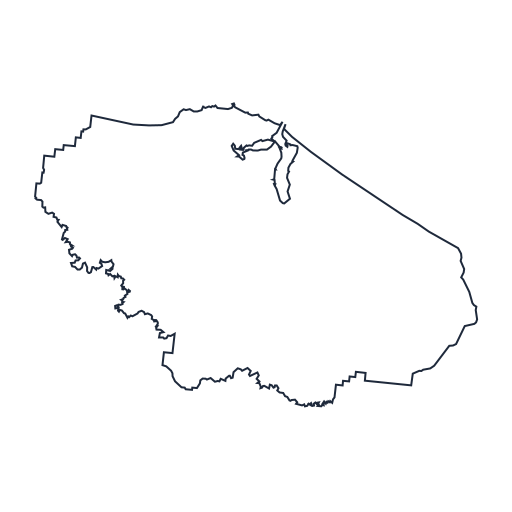 the district of Ballina, New South Wales, Australia, rotated 267°
{"feature_id": "25037944B45717157651515", "entity_name": "Ballina", "entity_type": "district", "adm_level": 2, "iso_a3": "AUS", "parent_name": "Australia", "parent_adm1": "New South Wales", "projection": "robinson", "projection_center": [153.529, -28.853], "detail": "fine", "context": "isolated", "style": "outline", "palette": "slate", "viewbox_px": 512, "rotation_deg": 267, "n_neighbors": 0, "source": "geoboundaries", "source_scale": "gbopen_adm2", "svg_char_len": 6073}
<svg xmlns="http://www.w3.org/2000/svg" viewBox="0 0 512 512"><g transform="rotate(267 256 256)"><path d="M211.0,112.8L211.5,116.1L208.7,115.3L207.6,116.2L209.3,117.2L208.6,119.2L205.8,121.2L205.4,122.4L201.0,124.4L202.3,125.3L201.6,126.1L203.1,127.8L202.3,129.5L204.8,134.7L206.3,135.8L207.3,138.9L205.8,141.3L203.7,142.0L204.3,144.9L202.5,148.2L201.1,149.1L198.7,148.6L197.2,150.7L196.0,150.9L196.1,152.0L197.3,152.0L197.2,153.0L194.9,154.4L193.4,154.4L191.2,152.7L191.1,153.8L189.6,152.5L187.7,152.8L187.3,156.9L184.8,159.6L184.1,156.0L179.7,154.9L179.5,159.0L178.3,160.0L178.6,162.3L181.2,164.0L180.6,166.6L182.6,170.7L163.4,167.5L164.7,159.0L151.9,156.9L150.5,160.6L145.9,165.2L143.3,166.4L140.3,166.4L135.1,168.6L128.8,174.7L128.3,177.9L126.6,178.8L125.7,185.1L127.9,185.5L127.2,190.1L131.7,193.3L134.7,193.9L136.4,196.3L136.1,199.3L135.2,200.5L136.5,204.3L132.6,208.4L133.2,211.3L132.7,212.9L135.2,214.3L132.9,218.9L135.2,219.3L137.8,222.8L137.8,223.6L135.3,224.7L135.7,226.3L141.2,227.5L144.8,231.9L143.6,234.9L142.1,236.1L144.6,241.7L141.5,244.7L138.0,242.8L136.5,243.7L139.6,251.3L136.6,252.5L133.3,250.2L130.6,252.8L129.1,250.8L128.8,252.7L125.1,254.0L123.8,253.6L124.2,255.1L125.8,256.2L125.9,257.5L123.0,262.1L126.8,263.1L126.1,264.9L123.6,266.6L124.0,267.7L125.7,268.2L125.6,269.9L122.8,271.5L120.6,270.2L118.5,272.4L117.8,276.0L114.5,277.7L113.6,279.9L110.0,281.9L109.6,282.9L110.3,283.9L110.5,287.4L107.8,289.5L106.3,288.3L104.4,294.2L105.3,296.4L103.3,297.0L103.7,299.3L105.4,300.6L106.3,300.2L105.0,301.9L106.2,303.3L104.9,303.7L104.2,302.8L103.3,304.2L103.6,306.1L105.5,306.0L106.6,307.6L104.5,309.3L106.3,309.5L106.5,311.1L105.1,310.3L104.1,311.0L103.0,309.9L102.5,313.3L103.9,314.7L103.4,315.8L104.5,315.8L104.9,314.7L107.2,316.4L104.9,318.0L106.6,318.8L105.8,319.8L107.2,320.5L106.1,322.0L107.2,322.5L105.4,324.4L108.8,325.4L110.7,327.0L123.3,329.1L122.2,335.7L126.8,336.4L125.9,342.4L130.8,343.2L129.9,348.8L135.1,349.7L133.5,359.3L125.8,358.2L118.7,404.2L130.3,406.4L132.8,413.1L132.5,415.1L133.7,417.0L134.6,424.1L137.1,428.2L156.2,444.3L156.3,448.1L157.6,451.2L175.1,460.8L176.8,470.5L178.2,472.3L181.1,473.5L190.5,472.6L193.9,473.4L195.6,471.0L197.8,469.6L209.0,467.1L221.6,461.7L223.9,459.8L228.6,462.5L232.1,463.2L240.4,460.1L243.6,461.1L247.6,460.9L253.3,458.2L271.3,429.9L279.7,419.1L289.3,404.6L332.9,346.2L357.1,316.3L373.1,298.2L381.5,290.6L386.1,292.4L379.0,289.2L376.3,288.6L373.6,289.2L369.6,292.6L366.3,291.1L364.7,291.4L363.4,293.0L364.4,293.3L366.0,291.7L366.9,293.3L365.7,296.1L364.8,296.2L364.9,298.4L363.5,303.0L362.0,303.3L356.9,302.2L349.4,297.5L348.6,297.2L348.3,298.0L346.1,295.2L342.5,293.0L339.3,292.6L338.6,293.4L335.9,291.7L332.4,291.1L325.5,293.5L318.8,290.9L311.4,292.9L307.0,286.9L307.4,285.5L310.1,282.9L321.8,280.1L325.0,278.5L326.0,278.8L325.7,278.2L327.1,277.7L327.4,278.6L331.0,278.5L331.4,277.2L331.7,278.2L341.8,279.6L341.6,280.2L342.3,279.9L347.2,282.4L352.1,286.3L353.7,286.7L357.8,286.7L362.8,285.1L363.4,285.6L369.5,281.0L364.4,276.7L361.7,272.5L362.0,266.6L361.2,263.3L361.6,258.4L362.6,256.6L362.7,254.2L361.9,252.9L362.4,250.9L361.5,252.6L360.0,248.3L357.7,247.8L356.9,249.2L354.5,249.7L353.5,249.4L352.9,247.7L356.2,244.3L356.4,242.4L357.6,244.3L362.5,239.2L367.2,237.5L369.3,239.1L367.3,240.6L364.2,240.9L363.7,243.9L364.9,245.4L364.2,245.9L365.5,245.7L366.8,246.9L365.6,247.2L363.1,245.9L362.6,248.7L362.9,249.1L363.6,249.3L364.0,249.3L363.1,249.0L363.6,248.1L366.9,252.3L366.4,253.0L366.8,255.0L366.3,257.9L369.1,260.1L371.7,267.2L370.4,268.4L371.6,274.0L369.9,279.0L370.5,279.4L372.5,277.5L373.9,278.6L374.9,278.4L377.9,283.0L388.6,289.5L385.6,287.0L385.7,286.3L387.6,281.5L391.5,275.5L390.7,273.7L391.1,272.4L395.2,266.6L397.0,265.8L396.6,259.5L398.5,255.7L399.7,255.4L399.7,252.8L405.5,243.1L407.5,241.2L408.1,242.4L409.5,241.9L409.0,240.2L407.5,241.1L405.2,239.6L404.2,235.7L405.8,225.3L408.4,223.4L407.4,221.9L408.0,220.2L406.9,218.9L407.8,216.9L406.5,213.2L407.5,211.3L408.7,211.3L404.5,209.3L403.4,204.9L403.6,201.4L406.1,197.6L405.4,193.7L406.3,191.4L403.7,187.4L399.5,185.4L397.2,182.4L394.0,180.1L391.6,168.6L392.0,156.1L393.7,140.3L404.9,99.1L393.5,97.2L391.3,92.6L391.5,90.3L389.3,89.9L389.6,88.2L383.1,87.1L383.9,82.3L375.2,80.9L376.8,69.8L372.0,69.0L373.2,61.1L365.7,59.8L367.3,49.8L355.1,48.0L353.2,48.9L351.3,48.5L350.3,48.2L350.6,47.0L340.4,45.3L339.6,43.9L340.0,40.5L326.9,38.5L325.6,39.5L325.0,38.9L323.7,40.3L323.1,44.3L321.5,45.6L316.5,45.2L315.4,46.3L315.6,48.0L311.1,48.0L309.0,50.9L310.0,54.7L308.7,56.5L305.7,55.9L304.9,58.7L302.5,59.5L302.4,60.7L300.5,59.5L295.1,63.4L297.2,64.4L295.9,68.0L293.9,68.5L294.8,69.8L293.3,68.7L292.0,68.9L291.9,66.8L290.4,66.7L289.1,65.2L282.7,63.1L282.2,63.8L284.0,66.1L282.7,68.8L279.8,66.7L280.0,68.9L279.3,70.9L277.7,70.8L276.3,72.7L276.4,71.5L275.1,71.8L273.8,73.6L272.9,72.9L272.0,69.6L268.4,69.8L265.5,72.3L266.8,73.0L267.2,75.4L265.8,76.7L263.8,77.1L263.7,79.3L262.8,80.1L261.0,78.3L261.0,75.6L258.8,74.6L258.7,70.9L255.3,71.9L254.6,74.7L251.8,77.1L251.7,79.3L253.5,81.6L257.5,82.8L258.3,84.9L253.5,86.8L249.9,86.5L247.9,87.8L247.7,88.8L248.5,90.3L253.5,92.0L253.5,93.0L250.8,95.7L252.3,96.2L251.7,98.0L254.0,101.8L256.3,101.2L257.4,99.7L260.0,100.7L258.3,102.1L257.6,105.1L257.9,108.5L259.4,111.3L258.0,111.4L255.3,113.3L253.0,112.6L251.3,110.5L251.5,112.1L250.6,112.0L248.7,109.6L249.9,105.7L246.5,105.3L245.8,107.4L244.5,107.7L245.7,109.4L243.2,111.5L243.6,113.3L241.3,113.5L243.1,114.8L242.0,116.8L244.5,117.1L243.1,118.1L242.5,119.9L240.8,120.3L240.5,122.0L239.2,123.1L238.3,122.0L235.7,121.9L233.6,119.9L232.7,120.4L232.1,122.5L231.2,122.5L230.9,120.9L229.8,120.8L229.6,121.9L230.7,122.8L228.4,125.4L227.3,125.4L227.4,126.9L228.6,127.2L227.6,128.3L226.9,128.0L226.5,125.5L224.8,125.6L223.3,123.0L222.0,123.5L221.1,121.6L220.0,121.2L219.3,119.1L218.5,120.2L217.2,119.9L216.9,121.3L215.9,120.1L215.0,120.2L214.3,118.1L214.6,116.2L212.6,115.3L214.1,114.5L213.5,112.7L211.0,112.8ZM363.3,286.0L362.1,286.6L362.5,285.3L361.8,285.7L362.0,287.0L362.9,287.3L363.5,286.5L363.3,286.0Z" fill="none" stroke="#1e293b" stroke-width="2"/></g></svg>